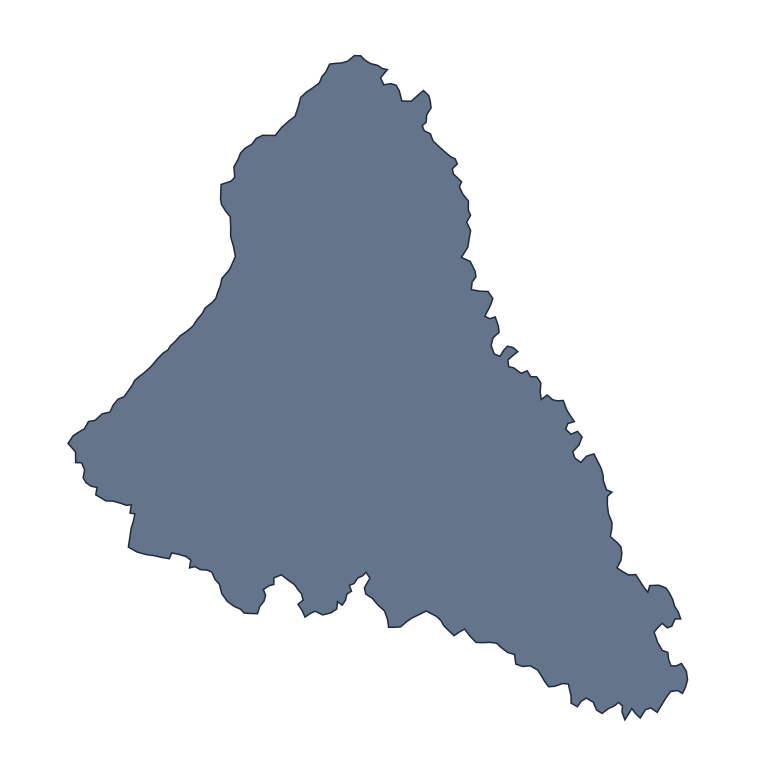 the district of Palestina, São Paulo, Brazil, rotated 182°
{"feature_id": "56859067B15290708695755", "entity_name": "Palestina", "entity_type": "district", "adm_level": 2, "iso_a3": "BRA", "parent_name": "Brazil", "parent_adm1": "São Paulo", "projection": "natural_earth1", "projection_center": [-49.516, -20.338], "detail": "fine", "context": "isolated", "style": "filled", "palette": "slate", "viewbox_px": 768, "rotation_deg": 182, "n_neighbors": 0, "source": "geoboundaries", "source_scale": "gbopen_adm2", "svg_char_len": 4311}
<svg xmlns="http://www.w3.org/2000/svg" viewBox="0 0 768 768"><g transform="rotate(182 384 384)"><path d="M141.6,229.6L145.4,233.6L152.5,239.4L151.3,247.3L151.3,253.5L155.1,262.0L156.6,271.2L156.8,279.6L152.5,283.9L157.8,285.9L161.4,294.9L161.9,300.7L163.9,307.1L167.3,313.3L171.8,321.5L179.2,318.8L184.6,312.5L190.6,316.6L193.0,322.9L187.0,329.8L184.2,337.9L189.0,343.4L195.3,340.3L200.9,345.2L198.9,350.9L192.4,353.1L196.9,359.1L200.4,364.4L204.3,373.8L210.3,373.2L214.9,374.2L220.6,378.7L226.3,374.0L227.6,381.4L227.3,390.6L231.5,396.4L237.7,396.5L241.3,402.2L247.3,399.5L255.1,404.7L260.0,405.6L261.0,412.4L256.1,417.0L251.4,421.0L256.1,424.9L261.8,426.1L265.6,421.8L269.1,415.7L274.9,417.9L278.3,426.2L276.5,434.1L270.8,439.6L271.8,446.1L275.2,454.9L280.7,452.9L285.6,455.3L282.8,461.1L280.1,467.0L278.3,473.3L283.3,480.1L291.0,480.1L300.0,481.3L299.5,489.0L295.9,494.2L296.9,499.9L302.1,509.5L311.1,513.2L305.0,523.6L304.0,531.7L302.8,540.6L307.1,548.6L303.4,555.6L305.8,560.8L306.0,569.8L311.7,576.2L315.6,583.8L313.5,588.8L321.8,596.1L323.3,601.3L318.4,606.5L320.7,611.5L325.4,613.5L331.6,618.4L337.6,623.4L343.5,628.6L346.3,635.6L352.6,638.4L354.8,643.6L351.0,647.0L350.7,654.6L346.6,661.5L347.6,668.1L349.2,673.6L354.8,678.7L360.6,673.4L366.7,667.5L376.1,667.5L378.9,677.5L382.3,683.0L387.5,684.4L394.7,683.0L398.1,689.9L391.6,698.3L396.6,699.2L401.4,702.2L408.7,703.8L414.4,707.1L418.8,711.2L425.0,711.2L431.6,705.3L438.2,703.2L443.5,702.8L449.5,701.8L452.9,694.0L456.8,689.1L459.0,682.8L465.0,677.9L472.0,672.8L477.3,667.5L479.3,658.3L482.3,648.3L487.6,644.2L495.5,636.6L501.3,628.6L514.0,628.3L520.2,625.0L524.3,619.1L531.0,614.8L535.4,609.9L537.8,603.1L541.6,595.7L540.4,585.4L543.9,581.4L553.8,577.7L553.8,563.3L552.7,557.8L548.1,551.0L543.5,545.8L542.7,535.4L542.4,525.9L539.1,515.8L537.0,506.2L542.2,493.3L549.7,483.8L551.0,476.4L553.0,470.9L555.1,463.6L559.1,459.0L565.4,453.8L568.0,448.2L573.0,441.9L576.9,435.4L581.4,431.0L589.5,424.9L594.2,419.2L598.4,415.1L601.4,410.2L606.0,407.1L610.7,401.9L618.0,392.7L624.7,386.3L628.6,383.2L633.3,378.9L635.6,374.0L638.9,368.8L643.3,362.3L649.3,359.5L653.9,353.5L656.9,346.4L664.6,344.3L671.5,337.6L678.0,336.2L681.9,328.7L687.1,325.5L693.0,321.3L697.7,313.5L689.9,305.3L689.4,294.7L683.5,294.7L680.2,287.8L681.4,279.8L678.3,274.9L673.1,271.6L667.2,270.6L668.2,263.2L657.9,257.5L650.6,257.5L643.4,255.7L637.2,253.8L632.3,254.4L633.3,246.1L628.4,245.5L629.7,237.9L631.7,230.7L632.8,220.4L633.8,212.1L625.0,207.5L616.0,205.3L607.7,204.4L599.9,202.9L592.4,201.9L590.4,207.8L583.4,206.6L576.0,204.7L570.9,201.3L572.0,193.4L566.6,194.9L561.1,192.1L554.2,191.8L549.5,190.0L546.1,182.9L541.5,178.0L538.8,168.8L533.1,161.4L526.2,156.6L519.4,153.9L515.8,150.2L509.8,150.0L502.4,150.0L500.5,157.2L496.4,162.7L494.9,168.6L497.4,174.4L491.8,178.4L487.1,179.8L487.3,186.4L479.9,189.7L471.8,183.9L466.2,180.2L462.7,175.3L459.2,171.6L457.3,165.2L462.3,160.9L457.9,154.7L454.8,148.3L449.5,152.2L444.9,154.5L437.2,151.1L428.9,153.5L423.4,157.5L422.9,164.9L418.0,161.5L414.9,166.7L413.9,172.5L409.3,175.9L411.6,181.5L406.9,183.6L403.5,189.1L398.8,191.5L395.3,195.2L391.3,189.4L396.5,179.6L394.8,173.3L388.3,169.5L382.4,163.0L375.5,157.1L372.3,149.0L370.9,141.0L366.0,141.2L359.0,141.8L353.0,147.3L347.9,151.1L339.9,155.3L333.9,158.6L323.3,153.5L318.9,149.6L315.8,144.5L310.9,140.0L305.2,134.9L300.0,138.8L294.9,141.9L289.4,135.1L283.0,129.0L277.3,128.9L268.9,129.5L262.5,128.9L257.9,124.9L251.1,120.0L244.1,118.3L242.5,108.7L235.4,106.5L228.1,107.5L220.6,103.6L216.4,97.7L213.1,92.4L208.9,87.2L203.0,87.8L195.0,90.9L189.3,90.6L187.8,84.8L186.2,78.9L185.9,71.6L179.4,68.2L175.9,73.8L170.9,77.1L163.7,73.2L160.2,65.6L154.6,62.4L148.1,67.6L142.9,70.1L138.3,74.0L134.4,70.3L134.7,64.6L131.6,56.8L128.7,61.7L125.0,68.2L121.0,63.3L116.3,59.1L111.3,67.7L105.9,69.5L99.5,65.4L96.1,71.6L91.5,79.7L86.8,86.7L79.9,87.9L74.9,85.2L72.1,91.6L70.3,98.9L71.8,107.5L77.0,115.1L82.2,112.4L87.3,112.4L90.0,118.9L91.0,125.7L96.6,127.5L101.3,134.9L105.4,145.5L101.6,150.4L97.6,154.5L92.3,150.2L87.9,152.0L84.9,159.4L79.3,159.6L82.1,166.7L85.9,172.2L88.1,179.0L91.7,185.4L95.1,190.0L102.4,192.5L111.4,191.8L113.0,185.1L116.8,189.4L121.5,196.1L125.7,202.3L132.9,201.7L138.8,204.8L144.8,208.4L141.1,215.8L140.4,223.2L141.6,229.6Z" fill="#64748b" stroke="#1e293b" stroke-width="1.5"/></g></svg>